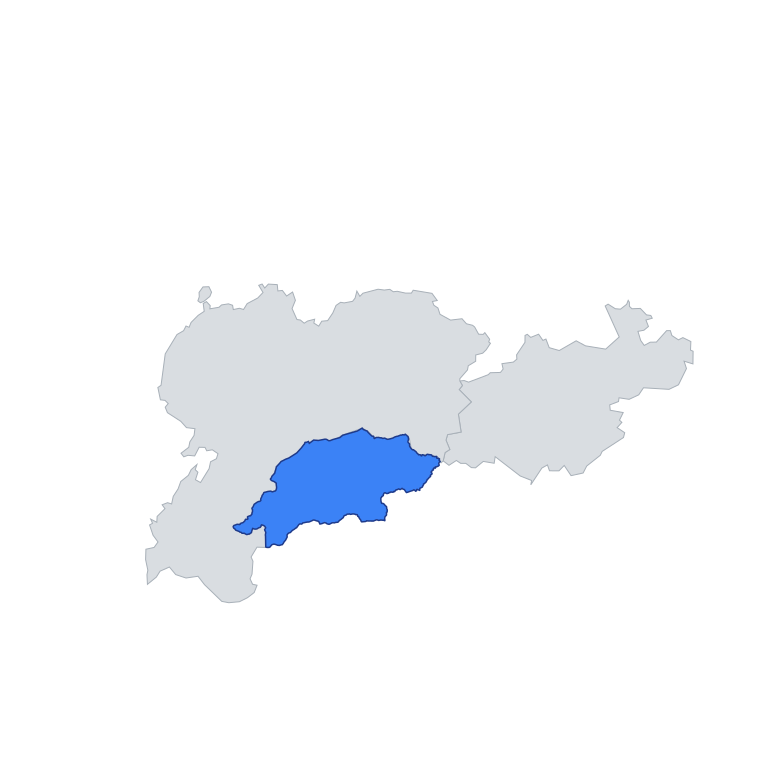 Mongolia shown with its bordering countries, rotated 156°
{"feature_id": "MNG", "entity_name": "Mongolia", "entity_type": "country or territory", "adm_level": 0, "iso_a3": "MNG", "parent_name": "Asia", "parent_adm1": "", "projection": "mercator", "projection_center": [102.872, 46.856], "detail": "fine", "context": "with_neighbors", "style": "filled", "palette": "blue", "viewbox_px": 768, "rotation_deg": 156, "n_neighbors": 2, "source": "natural_earth", "source_scale": "50m", "svg_char_len": 10118}
<svg xmlns="http://www.w3.org/2000/svg" viewBox="0 0 768 768"><g transform="rotate(156 384 384)"><path d="M361.2,289.7L356.1,296.5L350.5,297.4L350.2,307.5L346.5,311.9L333.1,308.7L328.3,326.2L311.5,332.1L317.6,348.3L313.0,350.7L313.5,355.9L309.4,354.6L306.0,351.3L284.9,350.1L282.4,351.1L272.9,347.2L269.1,349.2L268.0,354.6L256.9,351.4L252.5,352.7L251.0,356.7L238.3,364.7L235.4,371.0L232.9,371.1L231.0,366.9L222.5,366.6L221.1,359.2L217.8,359.2L218.3,350.0L210.3,343.3L190.9,345.3L184.4,336.9L167.3,325.7L150.0,331.3L150.2,365.3L146.8,365.8L142.1,358.7L137.5,356.2L129.9,358.1L126.9,361.1L126.6,358.9L128.2,355.1L126.9,351.9L119.1,348.8L116.1,340.4L112.4,338.1L112.2,335.0L118.7,335.9L119.0,329.0L124.7,327.4L130.6,328.8L131.8,319.4L130.6,313.4L123.8,313.9L118.1,311.5L104.1,317.8L100.7,316.3L101.3,311.2L97.1,304.6L92.1,304.8L86.4,298.0L90.2,290.3L88.3,288.2L93.6,276.7L100.6,282.8L101.4,275.1L115.3,263.5L125.8,263.2L148.5,275.0L155.7,270.5L166.3,270.3L174.9,275.8L176.9,272.6L186.3,273.1L188.0,268.0L177.1,260.6L183.6,255.2L182.3,252.2L188.8,249.3L183.9,241.6L187.0,237.7L212.1,233.7L215.4,230.9L232.2,226.6L238.3,221.7L250.4,224.2L252.5,236.3L259.5,233.5L268.1,237.4L267.6,243.6L274.0,243.0L290.9,232.2L288.4,235.8L297.0,244.6L312.0,272.4L315.6,266.8L324.8,272.9L334.5,270.2L338.2,272.1L341.5,278.2L346.2,280.3L349.0,284.7L357.7,283.3L361.2,289.7Z" fill="#d9dde1" stroke="#a8b0b8" stroke-width="1"/><path d="M509.9,546.3L504.4,544.1L504.2,538.0L507.5,534.8L514.8,532.8L518.7,532.9L520.2,535.7L517.3,538.8L515.7,542.9L509.9,546.3ZM313.5,355.9L313.0,350.7L317.6,348.3L311.5,332.1L328.3,326.2L333.1,308.7L346.5,311.9L350.2,307.5L350.5,297.4L356.1,296.5L361.2,289.7L363.9,288.8L365.6,295.9L371.3,301.3L380.9,305.1L385.5,313.1L382.9,324.4L385.3,328.6L402.4,331.5L410.5,337.4L414.7,338.5L417.7,347.1L421.7,352.5L442.9,354.3L451.9,353.1L458.5,354.4L468.5,360.0L476.6,359.9L479.6,362.7L487.4,357.9L498.3,354.7L508.3,354.4L516.2,351.2L525.7,343.1L522.5,336.4L526.0,330.3L536.7,333.1L543.4,328.1L553.6,324.3L558.6,317.9L563.3,315.2L573.1,313.9L578.4,315.0L579.1,311.5L573.0,304.5L567.6,301.3L562.5,305.0L555.8,303.5L552.0,304.7L550.3,300.6L558.3,282.7L566.4,286.6L575.8,280.0L575.8,275.4L581.9,264.0L585.6,260.5L585.5,254.5L581.8,251.8L587.4,246.3L595.7,244.3L604.6,243.9L614.7,247.3L620.6,251.4L629.6,273.7L632.1,284.0L643.8,287.3L651.8,294.6L654.5,304.1L664.7,304.1L670.5,300.2L681.6,297.2L678.1,306.2L675.5,309.9L673.2,320.6L668.7,329.9L660.5,328.2L654.7,331.6L656.5,339.7L655.5,350.6L652.1,350.9L652.1,355.5L647.8,350.1L645.1,355.3L634.8,359.2L635.8,363.9L630.0,363.6L626.8,360.8L622.2,367.1L614.8,371.9L609.3,377.6L599.9,380.1L595.0,384.2L587.7,386.5L591.3,382.5L589.9,379.1L595.2,373.2L591.7,368.6L578.2,377.8L574.1,383.5L567.5,383.9L564.0,387.9L567.6,393.7L573.1,395.1L573.3,398.9L578.6,401.4L586.2,395.3L592.1,398.6L596.5,398.9L597.6,403.3L588.1,405.6L584.9,410.1L578.4,414.3L574.9,420.1L582.2,424.5L584.8,432.5L593.5,445.9L593.3,451.8L589.1,453.9L590.7,458.1L594.7,460.5L592.0,472.8L588.2,473.5L571.6,500.5L553.0,513.4L545.4,514.2L541.3,517.5L539.0,515.1L535.2,518.7L525.8,522.3L518.7,523.5L516.4,531.1L512.7,531.5L510.9,526.3L512.5,523.5L503.5,521.2L500.3,522.3L493.5,520.5L490.3,517.5L491.4,513.3L485.3,512.0L482.0,509.2L476.3,513.1L464.4,513.9L457.3,516.8L458.3,525.1L454.7,524.9L453.9,520.2L449.0,522.3L441.1,518.2L443.1,512.2L438.8,510.8L437.2,504.0L430.1,505.2L430.9,496.5L437.3,490.3L437.3,478.3L434.4,476.5L432.2,472.0L428.2,472.6L421.0,471.4L423.3,468.2L420.1,463.4L415.3,466.7L409.7,464.8L401.9,469.7L395.8,475.3L390.4,476.3L387.4,474.3L379.1,472.3L375.5,474.2L371.0,479.9L370.4,473.9L366.3,475.5L350.9,473.0L345.5,469.7L340.2,468.1L338.0,464.5L334.2,463.3L327.4,458.3L322.0,455.9L319.2,457.8L303.3,447.3L301.4,438.6L306.2,439.7L306.4,435.6L303.8,431.5L304.5,424.9L297.2,415.3L286.2,411.9L284.2,405.5L279.2,401.6L278.0,399.2L277.3,391.0L273.2,389.0L271.0,389.9L269.3,381.9L271.2,379.9L270.2,377.9L276.7,373.7L281.3,372.0L288.4,373.2L291.0,367.5L299.6,366.4L302.0,362.9L312.6,358.0L313.5,355.9Z" fill="#d9dde1" stroke="#a8b0b8" stroke-width="1"/><path d="M364.3,290.2L365.1,290.2L366.3,289.2L366.4,288.8L366.5,287.9L366.8,287.2L368.2,286.9L368.6,287.0L369.8,286.9L370.6,287.3L371.1,287.2L371.3,286.9L371.3,286.4L371.6,286.3L372.1,286.9L372.3,287.0L373.0,286.7L373.5,286.4L373.6,285.7L373.9,285.4L374.3,285.6L374.9,285.6L375.5,285.0L376.7,284.5L376.8,284.1L376.5,283.4L376.6,282.5L377.3,282.0L378.2,282.0L378.8,281.7L379.0,280.8L379.3,280.5L380.5,280.3L382.5,279.3L383.4,279.2L384.1,278.3L384.6,278.1L385.8,277.1L388.0,276.6L388.5,276.6L388.7,276.0L389.2,275.6L389.7,275.5L390.5,274.5L391.1,274.2L393.7,274.1L394.2,273.3L394.4,272.5L394.8,272.4L395.3,273.0L396.3,273.9L396.6,274.3L397.0,274.3L397.4,274.0L397.7,273.3L398.2,273.2L398.8,273.3L399.2,274.6L399.8,275.2L401.0,275.0L403.4,275.3L406.4,275.5L407.6,275.7L407.8,276.1L408.2,278.3L408.3,279.2L408.6,279.6L409.0,279.8L409.7,280.6L410.0,281.3L410.7,281.1L412.1,281.0L412.7,281.4L412.9,281.9L413.3,282.2L415.2,282.1L415.6,282.4L416.1,282.4L416.4,282.1L417.3,281.9L417.9,281.4L418.3,281.4L418.9,281.9L419.2,281.8L419.4,281.5L419.8,281.5L420.9,282.0L421.4,282.5L421.9,282.6L422.7,282.4L423.0,282.6L423.3,282.8L424.1,282.4L425.9,282.7L426.7,283.5L427.0,284.0L427.4,284.3L428.5,284.2L429.7,283.1L430.0,282.4L430.9,282.1L431.8,282.1L432.3,281.5L432.8,281.4L433.5,280.7L434.4,278.3L434.7,276.4L434.6,275.9L434.2,275.6L433.7,275.5L433.0,274.7L432.5,273.4L432.4,272.5L431.6,271.1L431.7,270.4L432.2,269.2L432.2,267.9L432.4,267.2L432.7,266.9L433.0,266.1L433.4,265.7L434.0,265.7L434.4,264.7L434.8,263.7L435.1,263.2L437.1,262.3L437.9,261.2L438.2,260.6L438.5,259.4L438.8,258.9L439.2,259.0L439.7,259.8L440.1,259.8L442.2,261.0L444.3,261.5L445.7,262.8L446.4,263.0L449.4,263.1L454.4,265.4L455.5,266.1L456.0,265.9L456.8,265.9L460.4,267.1L460.7,267.6L460.7,268.1L460.6,268.6L460.7,269.8L461.0,270.4L461.2,272.0L461.1,272.8L461.2,273.2L461.5,273.4L461.8,273.9L461.6,274.8L461.6,275.4L461.9,275.8L462.8,276.0L463.3,276.7L464.2,277.4L465.4,278.0L467.5,278.5L467.9,278.7L468.4,279.4L469.2,279.5L470.6,280.1L471.8,279.7L473.6,279.9L474.3,279.7L475.5,278.6L476.2,278.3L477.1,278.2L477.7,277.9L479.7,277.5L480.4,277.4L481.6,276.7L482.4,276.5L484.5,277.2L485.7,277.3L487.1,278.0L488.0,278.3L490.4,278.1L491.3,278.2L492.9,279.4L493.5,280.6L494.8,281.6L497.5,281.7L499.4,282.1L499.6,282.3L499.5,283.1L499.5,284.7L499.7,285.1L500.0,285.2L500.2,285.7L501.4,286.5L502.7,287.8L503.5,288.3L504.1,288.5L504.9,288.4L508.3,288.4L509.7,288.8L510.2,289.1L514.8,290.1L515.6,289.6L516.3,289.6L517.7,290.4L518.2,290.4L519.0,290.2L522.4,288.2L523.0,288.3L525.1,287.8L527.4,287.5L529.4,286.6L530.2,286.4L531.5,286.6L532.3,286.5L534.0,285.5L534.7,283.6L537.4,281.4L539.5,280.4L540.8,279.4L542.3,278.6L542.9,278.8L545.3,279.1L547.0,280.1L547.7,280.9L548.9,282.0L549.9,282.6L551.8,282.8L554.6,281.4L555.2,281.4L556.1,281.7L557.4,282.3L558.0,282.8L558.3,283.3L554.0,293.5L553.9,294.1L553.4,295.0L552.5,296.2L552.3,297.4L552.4,298.5L552.3,299.5L550.6,300.7L550.8,302.6L551.2,303.3L551.8,304.0L553.1,305.1L553.7,304.9L554.2,304.1L555.3,303.4L557.2,303.6L558.1,303.4L558.9,303.3L559.8,303.5L560.9,303.9L561.8,304.6L562.4,305.3L562.8,305.5L563.5,304.6L564.2,304.0L565.6,302.1L567.0,302.0L567.5,301.8L568.2,301.7L568.8,302.0L570.5,302.2L571.0,302.6L572.3,304.4L574.0,305.2L574.5,305.5L574.7,306.4L575.0,306.7L575.9,307.3L576.1,307.9L577.5,309.4L578.7,310.5L579.0,311.1L579.0,311.7L579.2,312.2L579.9,313.4L579.9,314.0L579.9,314.6L579.7,315.2L578.7,315.8L578.1,315.8L577.1,315.6L576.1,315.7L575.0,315.5L574.1,315.0L573.6,314.6L572.9,314.3L572.5,314.4L572.0,315.0L571.5,314.9L571.1,315.0L569.3,314.7L567.7,315.2L566.6,315.7L565.9,316.5L565.4,316.7L565.0,316.6L564.1,316.0L563.4,316.0L563.2,316.2L562.9,317.5L562.9,317.9L562.7,318.2L562.3,318.3L560.3,318.2L559.5,317.9L559.0,318.1L558.4,318.6L557.9,318.7L557.5,318.9L557.2,319.7L556.1,320.8L555.2,322.8L555.4,323.7L555.1,324.2L554.5,324.7L554.0,324.8L553.3,325.3L551.6,326.9L548.1,327.6L546.5,327.7L545.3,327.3L544.6,327.4L544.1,327.6L543.8,327.8L543.6,328.7L543.1,329.4L541.4,330.8L540.8,331.6L540.5,331.9L539.5,332.3L538.0,333.6L537.5,333.7L535.6,333.3L533.9,333.1L531.6,332.4L530.9,332.1L530.2,331.2L529.6,330.8L527.6,330.7L527.1,330.5L526.2,330.7L525.2,331.6L524.3,332.9L523.8,334.4L523.4,335.9L522.9,336.8L522.8,337.3L523.0,337.7L523.4,338.2L523.6,338.9L524.2,339.7L525.8,341.3L526.4,342.5L526.5,343.0L526.4,343.4L526.0,343.7L525.3,343.9L523.8,345.4L523.5,345.5L520.2,346.9L516.5,351.4L516.1,352.1L511.4,354.1L509.7,355.0L509.0,355.1L507.6,355.1L504.6,355.3L501.1,355.1L491.7,356.5L485.6,359.2L481.9,361.2L481.1,361.5L480.1,362.6L479.7,362.8L478.9,362.3L476.4,362.2L476.4,360.2L471.1,361.4L466.9,359.1L460.7,357.7L459.5,357.2L458.8,356.5L457.7,354.9L457.4,354.6L456.3,354.2L453.5,354.1L446.1,353.0L442.6,354.0L427.4,351.9L421.9,352.6L421.7,352.3L421.6,351.4L421.3,350.7L420.4,349.9L419.9,349.1L418.7,348.1L418.4,347.5L418.3,346.5L416.6,342.1L416.1,341.2L415.8,340.9L415.0,340.7L414.8,340.4L414.8,339.8L415.1,338.3L414.9,338.1L412.9,338.3L410.7,337.4L409.2,336.3L408.3,335.9L407.2,334.7L405.6,334.4L405.0,333.9L404.2,332.9L403.6,332.2L402.6,331.8L401.1,331.5L397.7,331.0L396.3,331.2L395.3,331.2L393.6,331.0L392.6,330.7L389.6,330.6L388.7,330.1L387.8,330.2L387.2,329.9L386.6,329.5L386.0,329.2L385.4,329.3L385.1,329.5L384.9,329.4L384.7,328.8L384.1,327.8L384.0,327.3L383.4,326.3L383.8,324.3L384.3,323.1L384.7,322.8L385.7,321.4L385.7,320.7L385.4,320.0L385.1,319.1L385.2,318.6L385.5,317.9L385.9,316.6L385.9,316.2L385.7,315.9L385.6,314.4L384.8,312.4L383.8,311.9L382.3,309.1L382.2,308.7L382.1,307.9L381.8,307.0L381.3,306.0L381.2,305.5L381.1,305.2L380.3,305.0L379.7,304.6L379.4,304.0L379.3,303.5L379.2,303.2L378.7,303.1L378.4,303.6L377.8,303.8L377.5,303.7L376.6,302.9L376.0,302.0L375.5,301.7L374.5,301.8L373.6,302.2L372.6,302.0L371.7,301.1L371.2,301.0L369.4,299.8L369.3,298.8L369.0,298.1L368.3,297.9L367.6,297.2L365.4,296.4L365.3,296.1L365.4,295.9L365.9,295.2L365.9,294.8L365.7,294.6L364.4,294.0L364.3,293.5L363.8,293.1L363.9,292.7L364.6,292.2L364.7,291.9L364.4,291.5L364.3,291.0L364.4,290.7L364.3,290.2Z" fill="#3b82f6" stroke="#1e3a8a" stroke-width="1.5"/></g></svg>